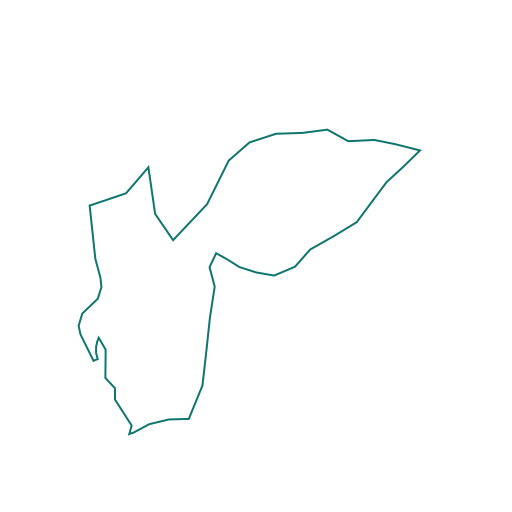 Hato Mayor, Natural Earth projection, rotated 247°
{"feature_id": "DOM-1980", "entity_name": "Hato Mayor", "entity_type": "Province", "adm_level": 1, "iso_a3": "DOM", "parent_name": "Dominican Republic", "parent_adm1": "", "projection": "natural_earth1", "projection_center": [-69.407, 18.817], "detail": "fine", "context": "isolated", "style": "outline", "palette": "teal", "viewbox_px": 512, "rotation_deg": 247, "n_neighbors": 0, "source": "natural_earth", "source_scale": "10m", "svg_char_len": 831}
<svg xmlns="http://www.w3.org/2000/svg" viewBox="0 0 512 512"><g transform="rotate(247 256 256)"><path d="M141.6,69.8L148.5,75.3L178.9,70.1L189.4,74.5L202.6,69.7L228.5,81.0L242.2,79.3L238.9,76.1L234.4,73.1L229.2,70.9L223.0,70.0L223.0,65.5L252.5,63.8L261.1,65.5L270.9,73.6L278.5,93.7L287.8,101.6L297.2,104.4L316.2,107.0L367.5,122.6L367.2,125.0L364.5,160.9L379.7,191.6L334.2,179.6L303.0,185.9L322.8,231.2L354.5,268.2L363.1,294.4L360.7,322.2L351.1,347.0L344.4,371.1L325.6,385.8L316.6,410.2L304.8,427.5L289.1,448.2L280.7,426.8L273.0,405.1L260.4,383.5L247.8,362.0L243.9,335.4L240.8,308.4L230.9,287.7L230.9,265.1L240.7,249.9L252.3,236.4L263.6,228.6L274.1,220.4L263.9,208.9L243.9,206.0L216.9,189.3L189.2,173.9L157.7,156.1L132.3,130.5L139.6,111.9L142.9,92.0L141.3,74.6L141.6,69.8Z" fill="none" stroke="#0f766e" stroke-width="2"/></g></svg>